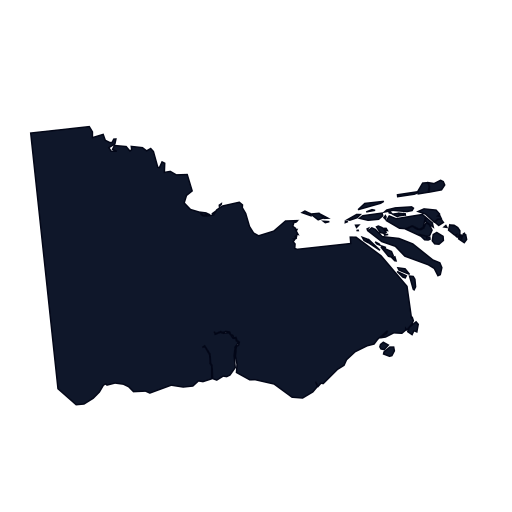 South Fly District, Western, Papua New Guinea (Natural Earth projection), rotated 354°
{"feature_id": "67681753B32450151371022", "entity_name": "South Fly District", "entity_type": "district", "adm_level": 2, "iso_a3": "PNG", "parent_name": "Papua New Guinea", "parent_adm1": "Western", "projection": "natural_earth1", "projection_center": [142.961, -8.494], "detail": "fine", "context": "isolated", "style": "filled", "palette": "ink", "viewbox_px": 512, "rotation_deg": 354, "n_neighbors": 0, "source": "geoboundaries", "source_scale": "gbopen_adm2", "svg_char_len": 6212}
<svg xmlns="http://www.w3.org/2000/svg" viewBox="0 0 512 512"><g transform="rotate(354 256 256)"><path d="M295.6,230.3L297.2,226.8L296.2,227.3L300.4,225.1L289.0,224.3L276.3,233.1L260.7,236.2L256.0,232.9L252.6,226.0L250.2,212.7L247.4,206.5L247.9,203.8L245.0,200.8L227.8,202.8L221.7,206.1L218.2,210.9L209.5,211.0L207.0,210.3L206.1,209.4L204.9,206.7L195.7,202.9L190.1,195.7L193.2,188.5L199.3,184.6L196.1,167.8L185.2,167.0L179.6,162.9L173.6,163.3L174.9,154.2L172.4,152.6L169.2,158.0L167.6,157.6L164.9,141.4L162.5,138.1L158.2,140.0L154.4,136.4L143.4,134.0L143.5,137.2L141.6,138.5L138.3,133.6L126.8,131.3L124.5,134.9L128.6,137.3L122.9,136.7L120.9,132.9L127.4,129.7L128.9,125.0L126.8,124.9L124.7,128.1L122.5,127.9L118.2,125.2L116.7,119.1L105.7,121.2L106.3,115.5L103.7,109.9L44.8,110.2L45.2,367.3L61.6,385.1L69.5,385.2L79.3,380.4L86.0,374.9L90.8,368.4L93.3,367.5L94.3,368.8L102.5,367.6L110.7,369.6L115.7,372.7L120.0,378.1L132.0,378.8L136.1,381.2L158.2,375.6L169.9,378.7L179.6,378.7L185.7,374.2L190.1,375.4L199.1,373.5L200.4,360.7L199.0,357.9L199.6,349.5L195.6,340.7L193.0,341.4L195.6,339.9L200.1,348.9L199.7,357.7L200.9,360.3L200.1,373.4L204.0,375.3L210.8,372.0L214.2,372.9L217.6,371.7L223.7,364.8L223.8,352.9L225.7,344.3L229.6,340.0L227.6,338.5L227.2,335.9L224.6,335.5L221.1,329.5L215.2,329.5L212.7,328.2L207.2,329.7L206.5,326.8L207.8,329.0L213.1,327.3L214.9,328.6L218.0,327.8L221.8,328.7L222.6,331.3L224.9,332.7L225.1,335.1L227.7,334.9L228.2,337.9L230.5,339.9L229.4,342.9L227.0,344.2L225.1,353.4L225.8,361.7L224.4,369.8L236.9,378.5L242.2,378.9L260.6,385.2L277.1,400.2L287.5,402.1L298.3,397.1L303.4,392.2L302.1,387.1L304.1,392.2L307.3,389.3L309.5,389.9L325.1,377.3L332.1,373.9L335.2,368.6L344.5,361.6L357.2,356.9L364.2,355.9L368.3,351.5L379.1,344.0L377.7,346.7L370.9,350.4L376.4,350.1L385.0,346.8L393.0,348.1L397.1,345.3L397.3,343.7L398.2,345.2L403.8,340.1L405.7,336.7L405.0,333.4L404.1,333.7L403.0,302.0L380.4,268.9L357.5,247.8L351.7,247.1L351.6,253.5L297.6,253.7L295.3,252.5L296.1,248.1L294.4,245.7L296.2,243.7L295.3,243.0L297.7,242.7L296.6,239.7L298.2,241.2L299.2,238.4L300.0,238.8L298.6,235.4L299.4,234.1L298.1,234.3L298.3,232.7L295.6,230.3ZM400.0,253.5L383.5,249.9L377.5,242.1L374.1,240.1L370.0,242.7L382.6,254.8L395.6,260.9L404.0,271.7L426.4,282.7L432.0,287.0L434.9,294.6L437.3,293.8L439.6,287.0L438.1,282.0L431.4,278.4L413.2,260.4L400.0,253.5ZM399.2,233.6L392.7,230.1L389.5,234.5L401.6,243.4L407.7,244.5L414.6,242.3L421.2,246.5L425.2,245.1L428.6,235.0L425.7,232.1L399.2,233.6ZM431.8,243.3L428.7,240.6L425.9,245.7L422.7,247.1L419.0,246.3L414.4,242.7L408.3,245.3L422.2,253.6L425.4,257.5L428.9,258.1L430.8,257.5L430.8,255.5L427.6,256.1L427.3,254.2L420.0,251.3L428.5,254.4L430.9,253.7L433.8,248.7L431.8,243.3ZM439.9,229.2L428.0,226.7L421.9,228.7L429.0,232.0L436.8,240.9L440.2,238.4L444.2,238.3L443.0,234.9L442.2,235.7L440.7,235.2L442.9,233.4L439.9,229.2ZM434.9,201.0L435.8,205.1L435.0,210.6L447.4,209.6L451.1,205.1L450.0,201.6L447.5,200.0L440.7,202.6L434.9,201.0ZM385.9,226.5L366.4,227.1L362.8,229.3L371.2,232.2L381.8,232.3L386.2,229.3L385.9,226.5ZM444.1,256.0L438.2,251.5L434.5,253.2L432.9,259.3L435.0,262.6L439.2,263.4L444.0,260.1L444.1,256.0ZM423.7,208.6L423.8,211.2L433.9,210.6L435.4,204.8L434.6,201.0L429.4,200.9L423.7,208.6ZM399.5,222.7L390.9,223.9L388.3,225.7L397.0,224.9L410.8,227.6L416.0,227.1L417.6,224.9L415.9,223.4L399.5,222.7ZM455.9,246.9L452.0,245.2L450.2,250.4L455.7,255.9L457.8,255.6L456.8,256.9L458.1,258.3L460.9,256.3L461.4,252.2L459.6,248.8L456.2,246.1L455.1,245.9L455.9,246.9ZM408.0,348.3L410.2,340.9L408.3,338.2L401.4,342.7L399.0,347.1L403.0,350.5L405.2,346.8L408.0,348.3ZM306.4,217.7L314.8,221.7L314.8,219.9L321.6,226.5L327.0,225.2L323.2,220.1L315.1,220.0L309.3,216.4L306.4,217.7ZM383.4,361.0L379.5,360.6L373.3,364.8L372.6,366.8L378.3,369.7L380.7,369.3L383.7,364.8L383.4,361.0ZM362.4,220.6L385.4,216.6L388.8,215.0L369.7,215.1L362.4,220.6ZM406.6,292.0L408.9,305.4L409.7,306.2L411.5,303.3L411.6,295.8L410.2,292.8L406.6,292.0ZM391.3,271.5L392.5,270.0L391.2,265.7L381.2,260.1L387.7,270.1L391.3,271.5ZM466.3,257.8L465.7,255.2L464.5,255.7L461.9,261.1L462.4,256.1L460.5,258.9L460.1,257.5L459.3,260.1L464.5,264.5L467.2,261.6L466.7,256.2L466.3,257.8ZM373.7,362.5L378.3,358.4L373.6,355.1L370.6,357.0L369.7,359.3L370.6,361.5L373.7,362.5ZM386.0,247.0L387.9,246.0L384.3,240.9L380.8,239.0L378.9,239.6L382.0,245.6L386.0,247.0ZM440.9,244.7L445.9,242.2L444.0,239.0L441.0,238.6L437.5,241.1L440.9,244.7ZM353.0,230.2L360.5,228.5L364.0,225.7L360.5,225.2L350.8,229.4L353.0,230.2ZM403.1,211.8L419.8,211.1L422.1,210.5L423.0,209.9L423.3,209.0L403.1,209.9L403.1,211.8ZM435.3,245.7L434.8,241.5L428.9,235.3L428.5,239.5L435.3,245.7ZM402.9,284.3L395.9,282.6L396.7,284.9L406.8,290.3L402.9,284.3ZM379.9,263.3L369.7,251.3L368.8,251.2L368.8,254.2L379.9,263.3ZM402.1,293.4L403.4,291.4L394.8,286.2L399.8,292.3L402.1,293.4ZM207.4,210.0L213.0,209.3L210.7,207.9L206.0,206.8L207.4,210.0ZM401.9,228.5L397.4,228.6L396.6,228.9L400.5,231.5L402.9,231.0L401.9,228.5ZM367.9,253.8L368.1,250.7L363.7,248.5L365.1,251.8L367.9,253.8ZM370.2,223.7L379.2,223.0L376.2,222.0L370.2,223.7ZM394.8,275.5L394.0,271.3L391.2,272.2L393.5,275.2L394.8,275.5ZM328.4,230.1L332.5,229.5L326.7,228.5L328.4,230.1ZM407.1,230.9L406.5,229.2L402.7,228.4L403.6,231.0L407.1,230.9ZM327.6,225.7L331.5,225.9L325.8,222.1L327.6,225.7ZM359.0,238.1L361.5,236.0L358.2,235.8L359.0,238.1ZM388.6,232.9L389.4,230.7L388.9,229.4L387.2,231.2L388.6,232.9ZM389.3,244.4L388.3,242.1L386.6,241.9L387.4,243.9L389.3,244.4ZM380.4,258.2L379.8,257.0L376.0,254.4L377.5,256.6L380.4,258.2ZM216.5,209.6L219.6,208.9L220.0,207.6L216.5,209.6ZM386.1,248.7L389.7,248.4L385.9,248.0L386.1,248.7ZM448.8,247.5L448.0,245.5L446.1,246.8L448.8,247.5ZM348.6,230.6L348.3,232.1L350.4,231.5L350.3,231.2L348.6,230.6ZM395.4,227.8L393.9,226.1L392.9,226.5L393.0,227.1L395.4,227.8ZM382.6,259.9L386.2,261.2L382.5,259.4L382.6,259.9ZM408.8,230.9L408.8,229.6L407.5,229.2L407.5,230.2L408.8,230.9ZM224.8,202.6L226.9,200.9L227.0,200.4L224.8,201.6L224.8,202.6ZM358.6,241.2L360.3,241.4L360.2,241.0L358.6,241.2ZM369.5,241.4L370.4,240.3L369.3,240.7L369.5,241.4ZM213.4,210.5L214.2,209.4L213.1,210.1L213.4,210.5ZM300.9,225.4L298.8,226.3L298.2,226.7L299.4,226.4L300.9,225.4Z" fill="#0f172a" stroke="#020617" stroke-width="1.5"/></g></svg>